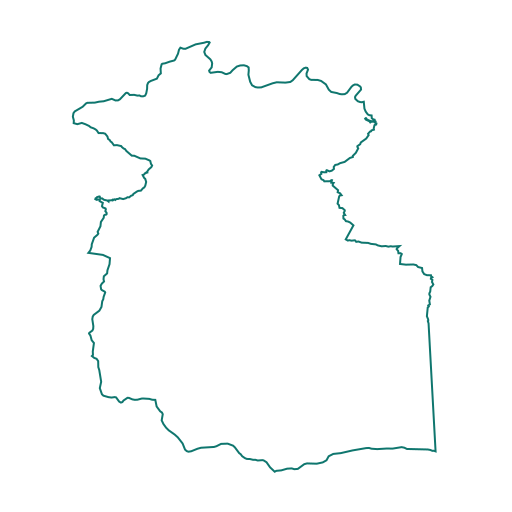 Trujillo, Valle del Cauca, Colombia (Equal Earth projection), rotated 267°
{"feature_id": "7082276B51151260265899", "entity_name": "Trujillo", "entity_type": "district", "adm_level": 2, "iso_a3": "COL", "parent_name": "Colombia", "parent_adm1": "Valle del Cauca", "projection": "equal_earth", "projection_center": [-76.307, 4.233], "detail": "fine", "context": "isolated", "style": "outline", "palette": "teal", "viewbox_px": 512, "rotation_deg": 267, "n_neighbors": 0, "source": "geoboundaries", "source_scale": "gbopen_adm2", "svg_char_len": 6052}
<svg xmlns="http://www.w3.org/2000/svg" viewBox="0 0 512 512"><g transform="rotate(267 256 256)"><path d="M429.6,301.9L428.0,299.4L427.6,294.5L428.4,285.8L427.6,281.6L424.1,270.0L424.2,266.5L424.7,264.2L426.7,261.0L430.3,259.3L437.4,257.9L441.7,258.5L444.7,258.5L446.1,256.8L447.1,253.9L447.1,250.2L446.2,246.8L442.8,242.4L440.3,239.9L439.2,236.3L439.4,234.9L441.3,231.4L441.6,229.6L441.9,227.4L441.3,220.3L442.3,219.2L443.6,218.9L446.7,221.6L450.6,222.3L452.6,221.9L454.8,220.7L459.4,216.0L462.5,215.0L465.8,216.3L469.0,219.2L471.6,220.9L472.1,220.5L472.4,218.1L471.7,215.3L470.5,206.8L466.6,196.4L466.8,194.2L468.0,191.4L466.0,189.9L462.1,188.7L456.3,185.5L455.5,184.4L454.6,180.0L453.2,175.3L452.9,172.5L452.4,171.8L448.2,170.5L443.3,170.5L441.6,168.2L438.3,166.3L436.3,160.1L435.3,158.1L434.4,157.2L432.4,156.3L428.7,156.0L424.2,154.9L422.0,153.7L421.4,152.0L421.4,150.7L421.6,149.3L422.4,148.1L422.4,145.9L423.3,142.8L423.4,138.3L425.2,136.8L425.8,135.6L425.5,134.5L419.6,128.3L418.6,126.3L418.7,123.8L420.5,120.2L418.5,112.0L418.3,107.3L417.6,103.1L417.8,95.6L417.3,94.3L414.1,90.7L409.9,82.6L408.2,81.2L404.7,80.4L400.9,81.2L398.2,80.9L397.0,84.5L398.0,89.0L396.5,92.6L394.6,96.1L393.2,97.6L392.0,100.5L390.8,102.4L389.7,103.6L387.0,105.2L386.7,109.8L386.0,111.8L383.1,113.9L380.7,114.4L379.3,116.1L378.0,116.7L377.1,117.9L374.0,119.9L374.0,123.0L372.8,127.2L371.9,127.7L370.3,129.4L369.6,130.8L367.7,132.0L362.7,137.2L362.5,139.7L359.5,145.6L359.0,150.6L357.0,154.6L356.4,155.4L353.6,155.9L351.8,157.0L350.2,156.1L348.1,153.4L345.6,151.5L345.0,150.5L344.8,150.9L344.4,149.5L343.4,148.7L342.8,147.0L339.8,148.4L338.9,149.4L335.7,150.2L332.0,149.1L330.3,148.0L329.5,146.6L327.3,144.5L327.2,141.9L326.7,140.6L324.4,136.8L323.2,136.1L322.7,134.4L321.2,132.4L321.4,130.7L320.5,129.2L319.8,126.3L320.9,122.7L320.3,121.9L320.1,119.3L319.3,118.4L320.0,117.4L319.1,116.0L319.7,115.7L319.2,114.7L319.2,111.8L318.1,111.6L319.2,110.3L320.1,107.1L321.6,105.3L321.5,104.3L322.5,103.1L323.5,103.1L323.7,102.6L323.1,100.3L322.3,99.9L322.1,98.9L321.2,98.5L320.4,99.8L320.7,101.5L320.2,102.9L319.0,102.7L317.1,105.8L313.8,104.8L312.5,105.6L311.4,108.2L310.6,108.5L308.6,107.9L307.1,109.0L305.8,109.1L305.2,108.6L305.0,107.1L304.4,106.3L302.1,105.9L298.1,102.9L293.8,102.2L288.4,99.1L286.6,99.7L285.5,98.8L282.8,95.3L276.3,92.6L273.7,92.3L270.2,90.8L267.9,88.8L265.1,103.2L261.5,110.1L255.5,109.3L249.5,106.9L246.4,106.4L243.7,103.0L240.8,102.5L238.5,102.9L236.5,100.6L234.3,99.2L230.9,99.6L230.1,100.2L228.3,103.1L227.5,103.5L223.2,101.7L220.8,101.2L218.9,100.1L213.2,99.0L209.6,96.7L205.7,90.9L204.1,89.8L201.5,89.2L194.5,89.9L191.8,89.6L190.1,88.7L188.0,85.5L187.3,85.2L185.2,86.5L180.5,87.5L177.6,89.6L169.1,88.0L165.7,88.0L164.7,86.9L162.7,89.1L161.7,91.4L159.3,92.9L153.3,92.7L150.3,93.5L138.5,94.8L132.2,93.1L126.0,94.9L124.5,96.3L122.8,101.2L122.2,104.3L122.5,107.5L122.1,108.9L117.8,111.7L116.7,113.4L117.1,114.9L118.6,116.1L121.1,120.2L121.0,121.6L119.3,125.0L118.7,127.5L118.7,130.1L119.6,134.3L119.6,135.9L118.9,142.0L117.9,144.8L117.6,147.9L110.9,148.9L105.9,152.2L104.6,153.9L102.9,154.6L96.8,153.2L93.0,154.8L89.3,157.2L86.5,159.7L81.9,165.5L79.0,168.4L72.6,172.9L66.4,175.0L64.8,176.6L64.1,178.3L64.4,181.1L66.6,187.5L67.4,191.1L67.5,204.1L68.1,206.5L70.2,211.3L70.1,217.9L67.8,223.2L66.0,224.9L60.0,228.9L58.9,230.3L56.8,231.7L54.7,234.4L53.8,236.3L53.6,239.2L52.6,242.5L52.5,244.8L51.7,247.0L51.8,251.7L51.5,252.9L49.5,255.7L44.2,259.0L39.6,263.4L40.4,265.0L40.6,270.0L42.0,276.0L42.0,280.6L41.1,283.1L41.2,286.6L45.6,293.3L46.2,296.1L45.4,305.8L46.4,311.9L48.3,315.7L52.2,318.1L54.3,322.8L54.7,330.3L56.8,342.3L58.4,355.9L58.4,358.8L57.5,361.3L56.8,367.0L56.9,376.6L56.5,382.3L57.5,391.4L56.8,394.1L55.4,396.6L53.8,417.4L53.2,419.9L52.2,421.9L52.2,423.4L51.5,425.1L179.7,424.8L182.0,424.2L182.3,424.6L183.7,424.6L186.9,423.5L195.6,424.8L196.5,425.9L197.6,425.4L198.6,427.1L202.4,426.7L206.1,428.1L208.5,427.1L209.7,427.2L211.3,428.1L215.6,428.8L216.8,430.5L218.3,431.6L220.8,430.4L222.9,430.9L224.1,429.4L224.9,429.6L225.6,431.0L226.7,429.8L227.6,429.7L227.9,425.7L229.1,423.0L231.9,421.4L235.3,421.2L236.5,417.3L238.5,415.6L239.3,412.7L239.5,405.2L240.5,399.4L247.5,400.3L250.3,401.7L251.2,400.6L251.3,398.4L253.7,398.2L255.4,396.8L256.1,397.0L258.4,399.8L258.3,392.9L258.7,391.1L258.4,388.7L259.2,386.1L259.1,382.0L260.2,378.2L261.3,376.3L262.1,371.4L263.2,368.6L263.8,362.2L265.1,359.1L264.9,356.8L266.3,355.9L266.5,355.3L266.3,352.2L266.9,350.1L266.6,348.5L267.9,346.5L281.5,354.9L284.5,351.8L285.6,349.7L286.1,347.6L287.9,346.5L288.8,345.3L291.6,345.3L292.3,346.0L292.3,347.1L294.5,345.9L296.4,347.0L297.1,347.0L299.3,344.8L299.7,341.9L302.4,341.5L304.0,340.2L311.2,342.2L312.0,342.9L312.2,344.6L314.2,343.3L315.4,340.9L317.4,341.4L322.3,336.3L323.6,336.4L324.9,337.3L325.3,335.0L327.7,335.8L327.8,335.2L326.8,334.0L327.0,328.1L328.2,327.4L329.2,325.4L333.3,323.5L334.6,325.6L336.1,325.4L336.6,325.8L336.0,328.5L336.0,330.6L337.7,330.7L338.0,331.2L336.7,333.8L337.2,336.1L338.9,338.4L340.9,338.3L342.8,339.9L343.1,342.4L344.3,344.8L345.3,349.4L349.0,354.9L349.8,357.9L350.9,357.9L353.8,361.1L358.1,363.7L359.8,362.9L360.4,363.0L362.2,365.9L363.9,366.6L367.5,372.2L370.8,374.8L372.2,374.3L374.3,376.4L374.5,377.4L375.4,377.9L376.0,380.4L377.2,380.2L380.2,381.1L380.6,381.3L381.0,382.9L382.1,383.2L382.9,381.9L383.8,382.3L384.1,378.3L383.4,377.1L384.6,376.3L386.4,372.9L387.4,372.2L387.9,372.7L387.8,373.2L387.1,373.3L385.6,375.6L384.7,377.8L384.2,381.1L384.6,381.2L384.5,381.9L385.9,381.6L386.3,380.2L387.6,378.8L390.3,378.8L390.7,376.5L391.6,375.0L394.5,373.1L397.5,372.0L404.4,371.7L404.0,369.7L404.3,368.0L405.2,365.8L407.7,363.4L409.5,363.2L410.8,363.9L416.7,369.6L418.9,369.5L419.9,368.8L421.8,366.2L422.1,363.6L421.3,361.8L420.0,360.2L414.3,355.5L413.0,353.1L413.0,350.1L413.4,348.0L414.5,345.3L415.9,339.7L418.3,337.4L423.7,334.8L427.4,330.2L428.6,326.8L429.0,320.4L429.8,318.5L433.0,316.0L435.6,316.0L439.4,317.7L441.1,317.0L441.5,315.6L440.9,313.5L439.5,311.7L429.6,301.9Z" fill="none" stroke="#0f766e" stroke-width="2"/></g></svg>